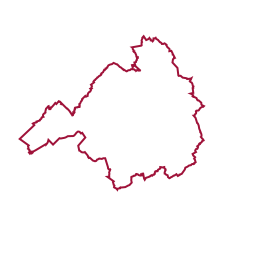 Zacatecas, Zacatecas, Mexico (Robinson projection), rotated 314°
{"feature_id": "50627088B9429495798872", "entity_name": "Zacatecas", "entity_type": "district", "adm_level": 2, "iso_a3": "MEX", "parent_name": "Mexico", "parent_adm1": "Zacatecas", "projection": "robinson", "projection_center": [-102.67, 22.729], "detail": "fine", "context": "isolated", "style": "outline", "palette": "rose", "viewbox_px": 256, "rotation_deg": 314, "n_neighbors": 0, "source": "geoboundaries", "source_scale": "gbopen_adm2", "svg_char_len": 5751}
<svg xmlns="http://www.w3.org/2000/svg" viewBox="0 0 256 256"><g transform="rotate(314 128 128)"><path d="M188.9,74.9L189.0,75.5L188.1,76.6L187.8,78.1L187.4,78.6L187.0,78.6L186.9,79.1L187.3,79.4L186.9,79.7L187.1,80.9L186.0,83.5L185.2,84.4L185.0,85.1L185.8,85.8L185.3,86.4L184.6,86.0L183.2,86.8L183.1,87.1L182.3,87.1L181.0,87.9L179.6,87.1L178.5,89.1L176.0,87.2L174.9,89.1L177.6,89.1L177.9,97.3L177.3,96.3L176.6,95.7L176.1,94.7L175.8,94.3L175.2,94.2L175.4,94.0L175.1,93.7L174.5,93.4L174.3,91.3L173.3,90.4L173.1,89.9L172.3,89.3L171.0,89.2L169.7,88.1L168.1,87.8L167.7,87.5L167.0,84.0L166.7,84.1L166.7,82.5L166.6,82.2L166.7,81.2L166.2,79.6L166.3,76.4L166.2,76.4L164.8,72.4L162.8,72.1L161.3,71.1L159.5,70.4L157.4,70.8L157.1,71.1L156.7,70.9L155.7,71.1L155.3,70.6L154.9,70.9L153.8,71.0L153.8,70.6L153.5,70.4L150.8,71.3L148.7,70.9L148.4,71.1L148.1,71.5L147.7,71.3L147.4,71.7L146.5,71.6L145.3,71.1L143.5,71.1L143.1,70.8L142.0,71.0L140.4,70.8L139.7,71.0L138.9,70.7L137.4,70.9L137.2,71.9L133.4,71.3L133.1,73.0L131.9,73.4L131.6,73.8L131.5,74.3L130.1,73.6L129.9,74.9L128.0,75.5L126.8,75.1L125.2,75.2L124.4,75.7L123.9,75.7L123.1,76.7L121.3,76.0L121.4,75.0L116.9,74.9L116.7,75.4L116.2,75.4L115.5,75.8L114.6,75.7L112.2,76.6L111.5,76.3L111.3,76.4L110.5,77.8L110.1,78.1L109.3,77.6L108.7,77.6L108.7,77.8L108.3,77.4L107.8,77.4L107.5,76.9L105.8,75.8L105.2,76.0L105.0,76.7L103.9,77.1L103.4,77.0L103.1,77.6L102.3,78.2L101.8,77.9L101.8,78.7L101.5,78.7L101.5,78.2L101.2,78.1L100.8,78.7L100.4,78.4L100.3,78.7L100.0,78.7L99.3,79.3L98.8,79.0L98.6,79.3L98.4,79.2L99.6,74.0L99.8,70.8L99.5,70.6L99.6,64.0L98.8,63.6L98.5,62.2L98.8,63.0L99.6,63.1L99.7,60.9L99.3,60.5L99.3,60.2L99.0,60.2L99.0,59.6L95.5,59.8L95.5,58.3L92.6,58.6L88.1,58.7L88.4,58.2L87.9,58.2L87.6,58.8L86.9,58.2L88.6,55.7L88.4,55.6L87.6,55.5L87.4,55.9L85.6,55.6L84.8,55.7L82.3,57.2L81.8,57.9L80.9,57.7L80.5,57.9L79.8,57.5L78.6,57.7L78.2,57.9L77.5,58.7L77.3,59.4L76.2,58.7L75.4,58.6L75.1,59.0L74.3,59.2L72.9,58.9L72.7,59.2L72.0,59.3L69.1,57.7L68.7,58.3L68.2,58.1L66.3,56.9L65.1,56.5L65.0,58.6L44.9,57.7L46.5,68.7L45.4,68.8L44.4,70.4L43.6,70.5L43.8,72.0L43.5,72.1L43.3,73.7L41.6,73.7L41.4,75.3L43.1,75.2L42.9,76.4L44.1,76.5L44.5,75.5L45.3,76.2L47.8,77.0L59.6,80.2L59.3,80.6L60.8,80.5L62.2,80.1L64.2,79.0L64.0,85.6L73.1,85.8L73.7,86.9L76.5,88.9L77.9,89.7L80.3,90.4L84.1,94.1L84.6,94.4L86.4,94.5L88.8,94.2L90.5,94.4L90.9,94.7L91.6,95.8L91.4,98.0L92.7,98.4L91.5,103.9L80.7,104.5L77.9,108.6L78.2,109.1L78.3,110.9L78.6,111.9L80.1,113.6L80.7,113.7L80.2,118.0L79.8,119.4L79.5,119.3L79.4,119.5L79.2,120.7L80.1,121.3L80.2,125.4L81.2,127.4L82.4,128.0L83.8,127.7L84.6,128.2L85.4,128.3L85.7,128.6L86.1,128.6L87.6,130.7L89.0,131.2L90.4,132.6L85.9,140.8L85.3,141.4L84.9,142.6L85.1,143.2L85.9,143.8L85.8,144.1L82.9,145.3L82.0,146.6L81.3,146.9L80.0,148.3L78.6,147.1L79.7,154.8L78.6,154.8L77.4,157.0L77.2,157.1L77.2,158.2L75.7,159.0L75.7,159.7L76.3,161.1L76.2,163.1L77.0,162.6L79.1,164.1L79.5,163.7L80.2,163.9L80.5,164.5L83.6,167.1L86.5,168.0L88.0,168.7L91.3,168.6L92.7,166.6L94.5,165.1L94.9,164.5L95.2,164.4L96.8,165.2L97.4,165.2L97.5,165.5L98.9,166.2L99.4,166.3L99.9,165.9L100.5,165.8L101.0,166.2L101.0,166.7L101.5,167.3L101.5,168.3L102.3,169.9L102.7,170.1L103.2,170.6L103.3,169.9L103.8,169.6L104.1,170.3L105.1,170.0L105.7,170.6L102.8,174.7L102.4,176.0L104.6,175.5L107.5,177.1L108.0,177.1L108.6,177.5L109.4,177.4L109.8,177.8L110.4,177.8L110.6,178.6L112.0,178.6L112.6,179.2L113.2,179.2L113.4,178.9L113.8,179.0L114.9,178.0L115.9,177.8L116.4,178.1L116.7,178.3L116.6,178.6L117.5,179.3L118.0,179.1L118.2,178.8L118.9,178.6L121.1,179.3L122.3,178.3L123.0,179.2L123.2,179.9L125.1,181.2L124.3,182.1L124.4,183.7L123.6,184.0L123.6,184.4L121.6,185.1L120.7,186.0L121.0,186.5L120.8,187.4L121.5,189.4L120.5,190.8L120.6,192.6L121.5,193.0L122.5,193.1L123.6,193.6L125.5,193.9L126.0,194.4L128.4,194.9L128.1,197.2L130.3,197.8L130.4,197.5L132.3,198.5L137.6,197.7L139.3,196.8L141.6,197.7L143.3,197.9L145.0,199.1L145.8,199.0L146.7,199.2L147.2,199.7L147.3,200.0L147.8,200.1L148.0,200.4L148.3,200.5L148.8,200.4L149.0,200.0L150.4,200.4L151.6,198.2L151.6,197.7L151.2,197.5L151.8,197.5L151.8,196.9L153.6,196.6L153.5,194.1L154.2,192.5L157.9,193.6L158.2,192.3L158.6,191.9L160.0,191.6L160.8,191.8L161.1,192.3L161.5,192.3L163.0,191.6L163.0,190.5L164.9,190.7L165.6,190.5L166.1,190.8L166.3,190.2L167.5,190.4L167.8,190.7L169.1,190.8L169.9,190.4L171.6,191.0L172.0,189.9L171.9,189.2L172.2,186.7L172.7,186.8L173.8,186.0L174.5,185.1L175.1,183.9L175.1,183.0L175.4,182.6L175.7,182.6L177.0,179.7L178.9,177.1L179.8,175.0L179.6,174.3L182.2,169.6L182.5,166.7L183.2,167.3L184.1,166.7L185.6,166.8L186.3,166.5L187.2,165.2L188.0,165.2L189.2,166.3L189.9,166.6L192.7,166.1L195.0,166.8L195.5,167.4L196.5,167.4L195.8,165.2L195.9,164.5L197.1,163.1L196.9,159.5L196.3,158.9L196.4,157.9L197.0,156.8L197.1,156.4L196.4,154.3L196.0,153.8L195.7,153.0L195.7,152.5L196.4,152.6L196.9,152.1L196.7,151.7L196.7,150.4L196.2,149.1L198.6,150.6L201.6,146.8L202.2,147.1L203.0,146.0L203.4,146.0L203.3,145.4L204.5,143.6L204.9,142.3L204.5,141.0L204.6,139.9L206.4,139.6L207.8,139.0L207.1,138.8L204.7,136.9L204.7,136.4L204.3,136.1L204.5,135.8L204.1,135.0L202.2,132.3L202.1,129.6L200.7,128.2L200.8,127.7L205.6,121.8L206.0,114.5L208.7,112.6L210.1,112.7L210.4,112.4L211.0,112.9L212.2,109.4L211.9,109.1L212.7,108.1L213.6,105.6L212.0,104.4L213.4,103.3L213.7,102.8L213.5,100.1L213.8,99.7L214.1,98.0L214.3,97.6L214.6,97.6L214.3,95.5L212.8,94.9L212.6,94.5L212.0,94.0L212.3,93.1L212.2,91.8L211.9,91.4L212.2,88.3L211.7,86.4L212.1,85.3L211.3,85.2L210.2,84.1L208.7,85.4L207.4,85.5L207.5,84.4L206.8,83.5L207.5,82.7L207.3,81.6L207.6,80.9L206.1,80.9L203.9,80.0L204.9,75.5L202.9,75.6L202.6,76.2L201.6,76.4L200.1,77.2L199.6,78.4L198.8,78.5L196.9,80.4L196.4,80.3L188.9,74.9Z" fill="none" stroke="#9f1239" stroke-width="2"/></g></svg>